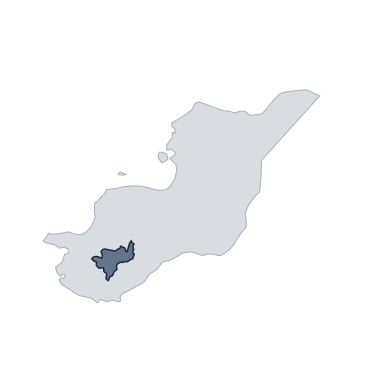 location of Siliana within Tunisia, rotated 233°
{"feature_id": "TUN-115", "entity_name": "Siliana", "entity_type": "Governorate", "adm_level": 1, "iso_a3": "TUN", "parent_name": "Tunisia", "parent_adm1": "", "projection": "equal_earth", "projection_center": [9.32, 35.967], "detail": "fine", "context": "in_parent", "style": "filled", "palette": "slate", "viewbox_px": 384, "rotation_deg": 233, "n_neighbors": 0, "source": "natural_earth", "source_scale": "10m", "svg_char_len": 4544}
<svg xmlns="http://www.w3.org/2000/svg" viewBox="0 0 384 384"><g transform="rotate(233 192 192)"><path d="M259.3,217.3L259.3,218.5L258.1,227.1L257.9,230.2L257.7,235.4L257.8,241.7L260.6,247.0L260.6,249.4L259.6,252.1L254.6,255.2L248.2,259.2L242.6,263.0L236.6,267.2L234.7,269.9L231.7,272.0L229.2,274.1L228.7,276.1L227.0,279.9L224.6,282.9L218.8,284.3L217.8,285.2L215.1,289.8L213.9,291.6L212.3,295.3L214.3,305.0L216.8,315.0L217.3,319.2L217.3,322.7L215.9,326.4L212.8,331.8L210.5,335.7L206.2,342.8L204.9,344.6L201.9,346.6L196.0,349.4L191.9,351.8L189.8,341.0L188.0,331.8L186.6,324.1L184.0,310.8L181.8,299.4L179.6,288.1L177.6,277.9L175.7,267.6L174.8,266.1L168.8,261.2L163.3,256.8L157.6,251.7L151.5,246.2L150.5,239.3L147.4,228.9L144.0,223.0L142.8,221.5L136.1,217.8L132.2,215.0L131.1,213.4L130.4,209.2L127.7,200.8L124.6,193.2L123.5,188.0L123.4,181.5L124.0,176.9L125.4,174.9L132.0,169.1L135.1,162.1L138.8,159.5L142.1,157.5L144.7,155.2L147.1,151.5L148.9,147.6L149.2,143.4L150.0,136.6L151.2,131.9L154.0,126.6L152.8,122.4L151.4,117.8L151.8,109.8L151.5,106.6L150.3,103.7L149.1,100.0L149.1,97.0L150.3,89.0L151.2,82.9L152.6,75.0L152.2,72.8L151.1,71.1L148.0,69.4L148.0,68.3L148.7,67.2L153.4,63.3L155.9,57.7L158.0,56.5L161.1,54.4L161.0,52.2L160.3,49.9L168.6,47.2L176.4,40.3L179.2,38.6L197.3,32.2L199.7,32.6L202.3,33.5L201.6,35.9L200.5,37.8L202.1,41.2L204.3,39.1L203.7,37.8L203.6,36.0L207.3,35.8L210.6,36.1L214.2,38.1L214.0,45.6L218.9,53.0L217.5,56.7L221.5,58.9L225.0,56.3L226.8,52.4L233.2,50.2L239.4,44.5L242.8,43.9L243.6,48.6L245.3,52.7L242.9,54.1L240.0,58.4L234.4,69.5L229.2,72.7L225.4,77.0L224.1,80.0L223.8,83.5L224.8,89.8L227.7,96.3L231.0,100.2L234.1,101.4L241.6,107.5L241.5,111.2L242.6,115.5L243.0,120.8L245.6,125.0L240.1,134.2L237.2,140.9L231.3,150.1L226.1,156.1L214.8,165.0L212.1,167.9L210.3,171.0L209.4,174.2L209.7,178.0L213.5,187.2L218.5,192.7L223.5,195.7L232.3,194.5L232.0,198.0L232.7,202.3L236.2,202.1L238.6,201.5L240.6,197.3L244.9,200.1L247.2,208.9L250.9,211.6L251.3,212.6L250.0,213.3L249.0,214.3L250.1,215.0L253.6,216.1L255.8,215.4L259.3,217.3ZM240.6,193.0L239.7,193.2L238.1,194.4L237.2,194.5L234.7,193.2L233.8,193.2L232.6,192.2L233.0,187.0L233.3,185.5L239.3,185.3L242.6,188.4L243.1,189.2L243.3,190.1L241.8,191.9L240.6,193.0ZM251.1,146.7L245.9,149.9L246.9,147.1L250.3,143.7L251.2,144.6L251.1,146.7Z" fill="#d9dde1" stroke="#a8b0b8" stroke-width="1"/><path d="M189.6,114.0L187.7,113.7L187.1,113.8L185.3,114.3L185.3,114.0L185.2,113.7L185.0,113.2L184.8,112.9L184.5,112.6L184.2,112.4L183.0,111.6L182.3,111.2L181.5,111.0L181.3,110.9L181.1,110.7L180.9,110.3L180.5,109.3L180.3,109.0L179.9,108.8L178.6,108.2L178.3,108.2L178.2,108.2L177.7,108.4L177.4,108.5L177.3,108.4L177.1,108.4L176.5,107.6L174.4,104.4L174.9,102.7L175.0,102.4L175.1,100.7L175.1,99.0L175.1,98.6L175.2,98.4L175.3,98.1L175.5,98.0L176.6,96.9L176.8,96.7L177.0,96.2L177.1,95.8L177.2,95.1L177.3,94.8L177.8,94.0L178.6,93.1L178.8,92.7L179.0,92.2L179.2,91.2L179.4,90.0L179.4,89.3L179.3,88.9L179.1,88.5L178.6,87.6L178.3,87.2L178.0,86.9L176.0,85.8L175.5,85.5L175.4,85.2L175.3,84.9L175.2,84.3L175.2,84.0L175.3,83.1L175.3,82.4L175.3,82.1L175.2,81.8L175.0,81.5L174.4,80.3L173.5,79.2L173.2,78.6L173.1,78.3L173.1,78.0L173.1,77.4L173.2,77.1L173.3,76.9L173.4,76.7L173.6,76.4L173.6,76.2L173.7,75.8L173.6,75.5L173.6,75.3L173.2,74.4L171.6,71.9L173.1,71.3L173.7,71.2L174.3,71.2L174.8,71.4L177.5,74.2L178.3,74.8L178.7,74.7L180.6,73.9L181.1,73.9L181.5,73.9L181.8,73.9L182.0,74.0L182.6,74.5L184.3,75.5L184.8,75.6L185.0,75.5L186.4,72.9L186.8,72.3L186.9,72.2L187.1,72.0L187.4,71.8L188.4,71.6L190.4,71.5L190.8,71.5L191.1,71.6L191.5,71.9L191.8,72.1L192.6,72.9L192.8,73.1L193.1,73.3L193.3,73.3L193.5,73.3L193.8,73.3L194.1,73.2L195.5,72.3L196.1,72.1L196.8,71.9L198.8,71.7L199.3,72.6L199.4,73.5L199.4,73.8L199.4,74.0L199.0,75.2L198.8,75.7L198.3,76.4L197.7,77.2L197.0,77.9L194.8,79.3L194.0,79.7L193.8,79.8L193.6,80.1L193.5,80.3L193.6,80.5L194.9,81.9L195.2,82.2L195.6,82.4L197.1,82.8L198.8,83.5L199.1,83.7L199.2,83.8L199.4,84.1L199.5,84.6L199.7,85.5L199.7,86.0L199.7,86.3L199.6,86.7L199.5,87.0L199.4,87.4L198.7,88.3L191.4,94.8L191.0,95.3L190.8,95.7L190.8,95.9L190.8,96.1L191.0,97.1L191.1,97.5L191.1,97.9L191.0,98.3L190.5,99.8L190.5,100.2L190.5,100.5L190.6,100.8L190.8,101.2L191.1,101.6L191.3,101.8L191.4,102.0L191.5,102.2L191.5,102.6L191.3,102.8L191.2,102.9L190.4,103.1L189.7,103.4L188.3,104.4L188.0,104.5L187.6,104.5L187.3,104.5L186.8,104.4L184.5,103.6L184.3,103.6L184.0,103.6L183.7,103.8L183.5,104.0L183.5,104.4L183.6,104.6L188.2,110.7L189.5,113.5L189.6,114.0Z" fill="#64748b" stroke="#1e293b" stroke-width="1.5"/></g></svg>